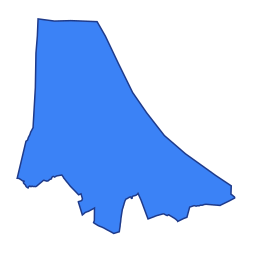 outline of Ketu South, Volta, Ghana, rotated 272°
{"feature_id": "2480657B7709388821831", "entity_name": "Ketu South", "entity_type": "district", "adm_level": 2, "iso_a3": "GHA", "parent_name": "Ghana", "parent_adm1": "Volta", "projection": "robinson", "projection_center": [1.022, 6.081], "detail": "fine", "context": "isolated", "style": "filled", "palette": "blue", "viewbox_px": 256, "rotation_deg": 272, "n_neighbors": 0, "source": "geoboundaries", "source_scale": "gbopen_adm2", "svg_char_len": 3611}
<svg xmlns="http://www.w3.org/2000/svg" viewBox="0 0 256 256"><g transform="rotate(272 128 128)"><path d="M42.9,164.5L43.3,165.7L43.4,166.3L43.4,166.9L43.2,167.3L42.9,167.8L42.7,168.3L42.3,169.0L42.0,169.8L41.9,170.3L41.9,170.5L42.0,170.6L42.1,170.8L42.4,171.1L42.6,171.3L42.7,171.5L42.7,171.8L42.2,172.5L42.0,172.9L41.5,173.8L40.8,175.1L40.3,175.9L40.1,176.3L39.9,176.7L39.3,177.7L38.7,178.6L38.1,179.4L37.1,180.5L36.8,180.9L36.4,181.0L39.6,187.0L40.8,190.0L51.1,192.4L52.7,196.7L52.7,197.0L52.6,197.6L52.4,198.2L52.3,198.8L52.4,199.3L52.6,199.9L52.8,200.4L52.8,200.7L52.7,201.2L52.7,201.6L52.8,202.0L52.9,202.3L53.1,202.5L53.3,202.8L53.4,203.1L53.4,203.6L53.4,204.1L53.4,204.5L53.5,205.0L53.6,205.5L54.0,206.3L54.2,206.9L54.3,207.5L54.4,207.8L54.4,208.2L54.5,208.7L54.2,214.9L54.2,215.3L54.1,216.0L54.1,216.8L54.1,217.7L54.0,218.5L54.0,219.2L54.0,219.9L53.9,220.7L53.9,221.5L53.8,222.7L54.2,223.3L58.7,231.8L61.7,237.0L61.9,237.0L62.4,237.0L62.8,236.8L63.3,236.1L63.9,235.4L64.5,234.6L65.2,233.7L65.5,233.2L73.8,233.2L83.6,217.3L104.3,186.2L121.7,164.6L143.7,146.2L163.6,131.4L192.2,116.1L219.0,102.2L233.2,93.4L233.3,74.7L233.3,67.0L232.3,50.8L233.9,34.3L216.8,34.2L199.7,33.4L164.9,34.0L125.5,33.1L125.3,33.2L124.8,33.0L123.4,32.3L122.1,31.7L120.6,30.9L119.1,30.5L117.6,30.0L115.2,28.8L112.4,28.0L111.2,26.5L73.9,19.0L73.9,19.4L73.8,20.0L73.8,20.5L73.7,20.9L73.6,21.2L73.3,21.6L73.0,22.1L72.7,22.7L72.4,23.1L72.2,23.5L71.9,23.8L71.7,24.2L71.5,24.5L71.4,24.9L71.4,25.3L71.3,25.7L71.2,26.0L70.8,25.9L70.4,25.4L69.4,25.5L68.7,26.1L67.8,27.1L67.4,27.4L67.2,27.6L66.5,27.9L66.1,28.1L65.6,28.6L65.2,29.2L64.8,29.9L64.6,30.2L65.4,30.6L65.7,30.8L65.9,30.9L66.3,31.2L66.4,31.5L66.5,31.7L66.5,32.0L66.3,32.2L66.2,32.3L66.3,32.5L66.2,32.8L66.0,33.1L66.0,33.3L66.2,33.5L66.4,33.8L66.5,34.1L66.5,34.4L66.4,34.7L66.2,35.0L66.2,35.3L66.2,35.6L66.2,36.0L66.3,36.3L66.3,36.7L66.2,37.1L66.2,37.4L66.2,37.8L66.4,38.2L66.8,38.8L72.8,45.4L72.8,45.7L72.8,46.1L72.7,46.4L72.6,46.6L72.5,46.8L72.4,47.0L72.4,47.3L72.4,47.6L72.3,47.8L72.3,48.0L72.1,48.5L72.2,49.4L72.3,49.7L72.4,50.1L72.7,50.4L72.9,50.7L73.2,50.9L73.4,51.1L73.7,51.3L74.0,52.0L74.1,52.4L74.2,52.7L74.4,53.0L74.6,53.3L74.9,53.3L75.4,53.4L75.7,53.5L76.0,53.7L76.4,54.0L76.8,54.4L76.9,54.8L77.0,55.2L76.8,55.6L76.6,56.0L76.4,56.3L76.6,56.7L77.6,58.3L78.7,63.5L78.3,63.8L77.7,64.3L77.2,64.7L76.8,65.0L75.9,65.4L75.2,66.1L74.9,66.3L74.6,66.6L74.1,67.0L73.6,67.4L72.4,68.4L71.5,69.2L71.0,69.7L67.8,72.4L63.3,77.1L59.5,81.0L60.6,83.3L55.8,84.9L54.3,84.5L54.0,84.2L53.7,83.8L53.2,82.8L52.9,81.5L52.5,80.9L39.5,85.4L40.1,86.1L40.9,87.0L41.6,87.7L42.1,88.3L42.5,89.2L43.0,90.3L43.3,91.3L46.4,96.6L46.6,97.0L46.8,97.3L46.5,97.3L34.4,97.6L32.2,96.9L31.9,97.3L31.4,98.1L31.0,98.8L30.4,99.9L29.8,100.9L29.3,101.9L28.9,102.9L28.5,104.0L28.2,105.0L27.9,105.7L27.3,107.2L26.2,109.3L25.2,111.3L24.5,112.8L23.8,114.2L23.0,115.8L22.1,117.4L24.0,122.9L26.9,123.2L29.3,123.5L31.6,123.6L33.9,123.9L35.7,124.0L37.4,124.1L40.8,124.5L46.5,125.2L47.1,125.4L48.8,125.9L49.9,126.1L50.7,126.4L53.0,126.9L53.9,127.2L54.7,127.4L55.5,127.7L56.8,128.4L57.2,129.0L57.4,129.6L57.8,130.2L58.1,130.7L58.6,131.3L58.9,132.0L59.2,132.7L59.2,133.0L59.1,133.3L58.8,133.5L58.4,133.6L58.0,133.7L57.8,133.8L57.8,134.3L58.0,134.6L58.4,134.6L59.1,134.6L59.6,134.8L60.0,135.2L60.3,135.8L60.5,136.6L60.6,137.0L61.0,138.2L61.1,138.4L61.8,139.2L62.1,139.7L62.5,140.0L63.0,140.3L56.7,143.4L53.1,144.9L41.6,149.6L37.8,151.2L38.0,151.6L38.1,151.9L38.8,153.6L39.2,154.5L39.8,156.0L40.3,157.2L40.8,158.2L41.1,159.0L41.5,159.9L41.9,161.3L42.4,162.8L42.9,164.5Z" fill="#3b82f6" stroke="#1e3a8a" stroke-width="1.5"/></g></svg>